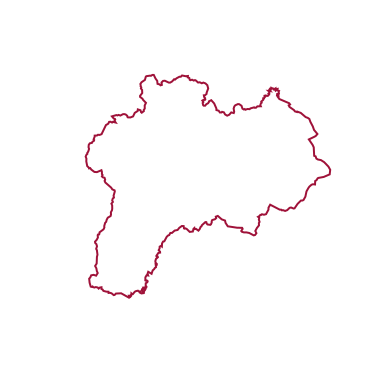 Saba Yoi, Songkhla, Thailand, rotated 28°
{"feature_id": "78962969B77762889714040", "entity_name": "Saba Yoi", "entity_type": "district", "adm_level": 2, "iso_a3": "THA", "parent_name": "Thailand", "parent_adm1": "Songkhla", "projection": "albers", "projection_center": [100.916, 6.501], "detail": "fine", "context": "isolated", "style": "outline", "palette": "rose", "viewbox_px": 384, "rotation_deg": 28, "n_neighbors": 0, "source": "geoboundaries", "source_scale": "gbopen_adm2", "svg_char_len": 5993}
<svg xmlns="http://www.w3.org/2000/svg" viewBox="0 0 384 384"><g transform="rotate(28 192 192)"><path d="M261.8,201.3L266.9,201.3L267.9,200.3L268.2,198.1L266.2,196.7L266.2,193.3L266.8,190.0L265.6,188.0L265.7,186.7L264.0,185.0L263.5,183.2L262.0,182.9L262.8,181.6L263.1,180.1L263.9,179.7L264.2,178.8L266.2,178.3L267.8,176.8L267.8,171.7L266.9,169.9L267.0,166.5L277.7,166.4L279.2,165.7L280.0,166.0L280.9,165.3L283.1,165.0L284.6,163.3L285.6,160.2L286.7,159.2L289.5,158.9L290.2,158.3L290.8,152.9L292.2,148.4L293.6,147.6L294.2,146.7L294.3,142.9L292.8,137.7L292.9,133.8L293.1,132.2L294.1,129.5L295.1,128.4L297.1,127.6L295.6,124.5L296.4,123.0L296.5,121.0L296.9,120.3L301.2,116.9L305.3,111.8L303.6,107.5L300.5,105.5L294.7,103.6L290.8,103.3L287.9,104.2L286.1,104.1L284.4,102.5L282.9,102.7L278.5,95.4L276.4,93.8L270.5,90.7L274.3,85.5L275.0,84.3L275.5,81.9L270.6,79.9L267.9,77.4L263.5,74.4L261.3,72.4L259.4,72.2L257.2,72.5L250.9,71.1L247.2,71.6L247.2,72.1L245.0,72.5L243.6,71.8L238.1,71.1L236.7,70.1L237.5,68.7L236.2,68.0L225.5,68.9L222.8,67.6L222.7,67.1L223.4,66.8L222.6,65.7L221.8,65.6L221.9,66.4L221.6,66.6L221.2,65.5L222.6,64.7L222.6,64.3L221.4,62.9L221.4,61.9L220.1,61.9L219.1,62.4L219.0,60.9L218.6,61.2L218.2,63.3L217.6,63.0L217.0,61.4L215.9,63.1L214.6,62.5L214.0,63.1L213.1,62.9L213.4,64.2L212.7,63.6L212.4,63.9L212.2,65.8L212.6,66.3L213.3,66.4L212.1,66.9L213.3,67.2L213.6,68.3L213.4,68.9L214.1,68.9L214.4,69.7L213.9,70.4L214.0,71.2L213.2,72.0L211.8,72.1L210.8,73.0L211.1,73.6L211.8,73.9L211.5,74.9L211.7,75.5L210.9,75.9L211.6,77.3L210.7,79.6L211.6,80.4L211.2,81.2L211.5,83.2L212.5,84.0L209.5,85.7L208.9,87.6L207.6,88.3L207.1,88.1L204.3,90.8L204.0,91.8L202.1,92.6L200.5,94.3L199.6,94.0L199.0,94.8L197.4,94.7L195.2,92.6L192.5,92.3L191.3,92.8L189.5,95.1L189.2,96.6L189.6,98.8L191.6,101.4L191.8,102.7L189.3,103.3L188.6,106.3L187.2,108.1L184.8,108.0L182.8,106.7L180.9,107.1L180.7,107.9L179.3,108.7L177.4,107.7L175.1,108.2L174.3,106.8L170.0,103.4L165.9,101.9L164.4,104.0L164.7,104.7L164.5,106.1L163.4,107.8L163.1,109.6L161.8,110.3L161.1,110.1L159.6,108.4L159.8,107.2L158.2,106.4L159.0,105.1L160.1,104.7L160.2,103.8L159.5,103.4L159.4,102.9L158.1,102.4L157.1,101.1L158.0,100.6L158.8,98.6L158.3,97.4L157.7,93.0L155.4,90.5L152.9,89.8L150.6,90.1L149.6,91.4L147.3,91.5L146.0,92.5L142.9,91.7L142.1,91.8L141.2,92.8L139.4,92.8L138.0,94.1L137.3,94.0L136.1,92.6L134.4,92.8L133.9,91.5L132.1,92.7L128.5,93.8L128.0,95.5L126.8,96.1L125.0,98.8L124.2,100.8L123.3,100.8L122.5,103.8L121.4,105.6L120.1,106.3L115.8,106.5L114.3,107.5L113.7,109.6L115.1,111.6L114.1,112.6L112.8,112.2L110.8,112.7L109.1,110.2L106.6,109.0L103.3,106.6L102.0,107.3L101.2,108.7L100.4,108.9L97.3,111.2L97.1,112.0L97.8,115.1L95.9,118.8L95.7,120.9L96.6,121.8L96.9,122.7L98.1,123.4L98.3,124.6L100.0,125.3L101.6,128.0L101.0,131.5L101.5,132.4L104.5,132.9L105.5,133.6L109.5,134.9L109.6,137.8L111.1,140.5L110.9,142.3L111.5,143.2L110.4,145.6L109.5,145.4L108.1,144.0L105.4,144.5L106.0,146.0L104.3,149.0L104.5,152.9L102.6,155.1L100.4,156.2L99.7,156.0L99.0,155.1L97.0,154.7L95.7,155.0L94.5,155.7L92.9,158.1L91.0,158.4L90.2,159.4L89.1,159.6L85.8,162.8L88.5,163.9L89.7,163.7L90.2,164.1L90.2,165.5L92.0,166.5L89.2,167.2L88.8,168.2L87.1,168.2L85.9,169.0L86.0,171.0L84.6,173.3L85.0,183.4L83.6,185.0L82.1,185.6L81.6,186.7L79.6,187.9L80.1,188.9L80.4,191.7L81.2,192.0L81.4,192.8L80.5,194.4L80.6,195.6L78.9,197.0L78.7,198.8L79.6,201.0L80.9,202.3L81.4,205.1L81.2,206.7L81.7,207.5L81.3,208.5L81.5,210.7L83.1,212.1L84.3,214.6L87.3,218.3L89.4,218.9L90.0,219.5L90.9,218.7L92.6,219.5L96.4,220.1L98.7,219.1L101.8,215.3L103.0,216.5L104.1,218.5L105.1,219.0L105.1,220.5L106.3,220.9L108.1,220.5L109.6,222.0L109.6,223.2L111.0,224.3L118.6,226.1L120.4,227.1L122.9,226.9L123.6,227.8L124.5,232.1L125.7,233.6L125.1,234.9L125.5,236.9L126.8,237.9L126.3,240.1L127.8,241.3L129.4,244.2L129.9,245.6L129.9,248.0L131.1,250.0L131.4,251.5L129.7,254.2L129.7,256.6L130.2,258.6L129.8,260.0L130.5,263.3L131.3,264.5L131.4,266.5L129.3,271.0L129.9,272.6L129.9,273.1L129.0,273.7L129.0,274.4L130.3,276.4L130.3,278.9L129.7,281.4L130.4,282.4L132.0,282.9L133.6,284.5L134.1,287.2L135.4,288.1L138.0,291.8L138.5,293.9L141.4,299.9L141.2,302.8L143.4,304.3L145.1,306.5L146.8,307.8L146.6,310.9L144.1,311.3L142.1,312.9L142.3,315.2L141.9,316.8L144.2,320.2L147.0,323.1L148.3,322.8L148.6,322.1L149.4,322.4L150.6,322.2L151.7,321.1L153.6,320.6L154.9,321.1L155.5,319.6L156.8,318.6L157.7,320.2L158.9,320.1L160.2,320.9L163.2,320.2L165.0,319.3L165.7,320.3L166.7,319.6L168.5,319.2L171.3,319.8L172.0,319.2L172.5,317.4L177.0,314.7L186.0,314.9L186.1,314.5L185.1,313.3L186.2,313.0L186.8,313.3L187.0,312.3L186.2,311.9L186.6,311.1L186.1,310.0L187.3,310.3L187.7,310.0L188.3,306.9L189.1,305.8L190.6,304.5L191.8,304.8L192.8,304.1L193.2,305.3L195.0,305.3L196.9,303.9L196.6,303.0L194.7,303.2L193.5,301.5L193.8,300.3L196.2,301.3L196.5,301.0L196.5,299.3L195.7,299.2L195.1,299.6L194.1,299.1L196.4,297.5L196.2,296.9L195.1,296.5L194.0,294.3L194.8,292.9L194.9,292.0L194.6,291.5L193.5,291.3L192.8,292.0L192.3,292.0L190.9,289.2L191.0,286.8L192.5,286.3L191.1,285.0L190.8,283.0L194.7,283.2L194.1,279.7L194.8,277.8L194.8,276.7L195.5,275.3L193.9,273.0L195.0,272.9L194.8,272.1L193.0,271.4L192.1,270.3L191.6,268.1L192.5,265.6L192.0,265.1L190.8,265.5L190.5,265.1L190.9,261.6L192.3,260.5L191.8,259.7L189.9,259.0L189.9,257.1L189.1,255.4L189.9,254.1L191.0,254.3L189.7,251.5L189.7,249.4L190.7,248.5L190.7,243.4L191.3,241.6L192.1,240.7L192.1,238.3L193.5,237.6L194.8,234.2L197.1,232.3L197.6,229.6L199.0,226.8L200.6,226.0L202.0,227.9L202.8,227.8L203.2,227.2L204.6,227.1L208.7,228.3L211.3,226.5L210.6,223.8L211.0,222.7L211.7,223.6L212.9,222.7L215.8,223.1L216.2,221.3L216.0,218.7L216.5,217.9L216.3,216.8L217.9,212.3L218.8,211.9L219.7,212.9L220.9,213.4L223.6,212.4L223.9,211.6L223.7,209.6L223.1,208.6L223.0,207.3L225.1,205.2L225.6,203.7L224.6,202.6L226.0,201.0L231.1,202.2L234.6,201.7L236.1,203.5L239.7,205.5L248.5,202.4L253.1,200.1L254.0,200.8L253.8,203.3L254.8,203.7L256.8,203.3L259.1,202.1L261.8,201.3Z" fill="none" stroke="#9f1239" stroke-width="2"/></g></svg>